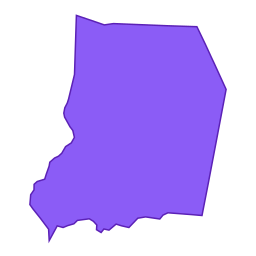 outline of Campo Redondo, Rio Grande do Norte, Brazil
{"feature_id": "56859067B7245659807247", "entity_name": "Campo Redondo", "entity_type": "district", "adm_level": 2, "iso_a3": "BRA", "parent_name": "Brazil", "parent_adm1": "Rio Grande do Norte", "projection": "natural_earth1", "projection_center": [-36.238, -6.238], "detail": "fine", "context": "isolated", "style": "filled", "palette": "violet", "viewbox_px": 256, "rotation_deg": 0, "n_neighbors": 0, "source": "geoboundaries", "source_scale": "gbopen_adm2", "svg_char_len": 826}
<svg xmlns="http://www.w3.org/2000/svg" viewBox="0 0 256 256"><path d="M113.4,23.6L104.3,24.9L76.4,15.4L74.5,74.5L68.6,98.9L67.3,103.0L64.8,107.8L63.8,113.1L64.6,117.1L66.5,120.5L70.0,126.8L72.8,130.5L74.4,137.4L71.3,142.9L65.6,146.6L61.8,153.2L58.5,156.2L54.6,158.0L49.8,162.2L49.1,166.2L46.3,174.1L44.7,179.2L37.2,181.5L34.1,184.3L34.0,189.9L30.7,194.7L29.9,204.6L33.0,209.0L40.1,217.9L48.6,229.2L49.2,240.6L57.2,225.9L63.1,227.5L67.7,225.6L73.9,223.8L77.4,220.4L89.3,218.8L93.4,221.3L96.8,225.0L96.5,229.7L101.1,232.5L103.9,229.0L109.0,230.1L116.1,224.1L121.5,225.8L128.9,227.5L137.8,218.2L145.6,216.9L159.8,219.0L163.0,215.1L167.9,212.8L191.6,214.6L202.0,215.5L208.2,183.7L217.6,134.3L226.1,89.4L214.3,63.6L211.1,56.8L205.4,44.4L196.9,26.7L168.5,25.8L113.4,23.6Z" fill="#8b5cf6" stroke="#5b21b6" stroke-width="1.5"/></svg>